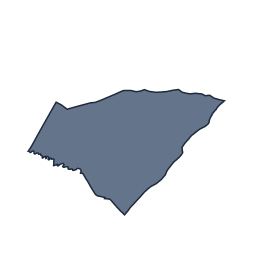 Barh-Sara, Mandoul, Chad, rotated 51°
{"feature_id": "50815135B19223233714044", "entity_name": "Barh-Sara", "entity_type": "district", "adm_level": 2, "iso_a3": "TCD", "parent_name": "Chad", "parent_adm1": "Mandoul", "projection": "equal_earth", "projection_center": [17.726, 8.38], "detail": "fine", "context": "isolated", "style": "filled", "palette": "slate", "viewbox_px": 256, "rotation_deg": 51, "n_neighbors": 0, "source": "geoboundaries", "source_scale": "gbopen_adm2", "svg_char_len": 3647}
<svg xmlns="http://www.w3.org/2000/svg" viewBox="0 0 256 256"><g transform="rotate(51 128 128)"><path d="M62.7,167.6L73.3,194.4L76.7,202.9L81.0,213.4L81.5,214.8L82.0,216.1L83.2,220.0L83.4,219.7L84.3,219.6L85.4,219.4L85.8,218.8L85.7,217.5L85.8,217.3L85.9,216.5L86.4,215.9L86.6,215.8L87.1,215.8L87.9,216.4L88.6,217.0L89.1,217.0L89.6,216.7L89.9,215.7L90.2,214.3L90.7,213.8L92.3,213.9L93.0,212.5L93.3,212.5L93.4,212.4L94.3,212.9L94.8,212.7L96.4,212.2L96.8,213.0L97.0,213.3L97.5,213.4L97.6,213.0L97.7,212.8L97.6,212.3L97.6,212.0L97.7,211.1L98.2,209.8L98.6,209.7L99.0,210.5L99.9,211.0L100.0,210.3L99.9,210.1L99.4,209.4L99.3,208.9L99.4,208.7L99.6,208.3L101.0,208.0L101.4,208.3L101.6,209.1L101.7,209.5L102.0,209.8L102.6,209.8L102.9,209.5L103.0,209.4L103.0,209.1L103.0,208.9L102.7,208.0L102.7,207.9L102.8,207.5L102.9,207.0L103.1,207.1L103.7,207.2L104.2,207.0L105.2,205.3L105.3,205.3L105.8,205.2L106.2,205.5L107.2,206.7L107.4,206.8L107.9,207.1L109.6,208.6L109.9,208.9L110.3,209.5L110.6,209.4L111.7,205.8L111.8,205.8L112.2,205.7L112.2,205.8L112.4,206.2L112.5,206.3L112.6,206.5L113.0,206.4L113.3,206.4L113.5,205.8L113.5,205.0L113.5,203.8L113.8,202.5L114.0,202.0L114.5,201.0L114.9,200.8L115.0,200.7L116.3,200.8L116.5,201.3L116.6,202.3L116.8,202.8L116.9,203.0L117.1,203.0L117.8,202.9L118.2,202.5L118.3,202.4L119.0,200.6L120.3,199.3L120.4,199.2L120.9,199.2L121.5,199.7L121.6,199.9L122.0,200.2L122.4,200.2L122.7,200.1L123.7,198.8L124.0,198.4L124.3,197.6L124.7,197.2L125.3,197.3L126.2,197.5L126.3,197.4L126.6,197.1L127.5,195.1L127.7,194.4L127.5,193.3L127.7,192.6L128.4,191.8L128.9,191.5L129.1,191.3L129.3,191.2L129.5,191.2L129.8,191.1L130.6,191.0L131.2,191.2L131.9,191.4L132.3,191.9L133.0,193.3L133.5,193.2L134.2,192.1L134.5,191.9L135.2,191.9L136.5,191.9L137.5,192.1L139.4,192.4L141.2,192.7L142.4,192.8L142.8,192.8L143.2,192.8L143.9,192.9L144.0,192.9L146.9,193.4L150.0,194.0L154.7,194.6L155.2,194.6L157.9,195.0L158.8,195.1L159.9,194.9L160.4,194.8L161.5,194.4L167.5,189.6L167.9,190.4L168.1,190.7L170.2,188.5L170.9,187.9L171.6,187.2L171.8,187.0L173.6,186.7L177.3,186.6L182.5,186.4L184.0,186.3L186.5,186.1L187.2,186.1L187.4,186.1L190.7,185.6L193.3,185.4L193.2,184.6L192.2,179.6L191.6,177.7L191.2,176.0L191.0,174.9L190.9,174.1L190.7,172.1L190.2,169.0L189.8,166.3L189.6,164.9L189.1,161.2L189.0,160.7L188.1,155.5L188.1,154.4L188.0,153.5L187.9,151.1L187.8,148.4L187.9,146.9L188.4,144.1L189.0,141.2L189.0,139.6L189.0,134.4L187.9,128.6L187.1,127.0L186.2,125.6L185.1,122.3L184.8,121.0L183.2,113.7L183.2,111.3L183.2,110.8L183.1,109.3L183.0,107.0L182.7,104.8L182.6,104.1L182.4,103.6L181.8,101.5L181.3,100.8L180.9,100.5L180.2,100.5L179.8,100.2L179.1,99.4L178.6,99.3L177.3,98.5L176.6,96.7L176.3,96.0L176.2,95.4L175.7,93.7L175.6,93.1L175.0,90.0L174.9,88.5L174.8,87.7L174.5,86.7L174.2,85.8L174.1,84.8L173.8,83.4L173.8,83.2L173.8,82.8L173.9,81.3L173.9,76.4L173.9,74.7L173.9,74.4L174.0,74.0L174.2,72.0L174.4,71.4L174.7,69.7L174.9,68.8L175.0,68.2L175.2,67.7L175.3,67.2L175.3,66.5L175.3,63.6L175.0,62.4L174.9,62.0L174.8,61.9L174.1,60.8L173.0,59.7L171.3,56.4L171.1,55.5L170.9,54.8L170.7,54.6L170.4,54.3L170.3,54.2L170.1,53.5L169.7,51.8L169.2,49.5L169.1,47.9L168.7,47.1L168.5,46.5L168.1,45.0L168.1,44.7L168.0,44.3L167.7,42.6L167.7,41.7L167.7,41.1L167.6,37.6L167.5,36.4L167.5,36.0L163.3,39.3L158.9,42.4L154.0,43.9L151.5,47.7L148.1,49.1L143.4,53.8L140.6,58.2L137.7,60.8L134.3,63.4L129.9,64.5L127.0,69.2L124.2,74.7L120.9,79.6L117.8,83.9L112.9,88.5L108.5,91.1L107.1,95.2L104.9,98.9L100.5,102.3L96.0,108.0L94.8,112.2L93.4,117.6L91.1,125.5L89.3,131.8L87.5,137.3L84.8,141.4L79.1,154.2L75.1,163.5L68.3,165.2L62.7,167.6L62.7,167.6Z" fill="#64748b" stroke="#1e293b" stroke-width="1.5"/></g></svg>